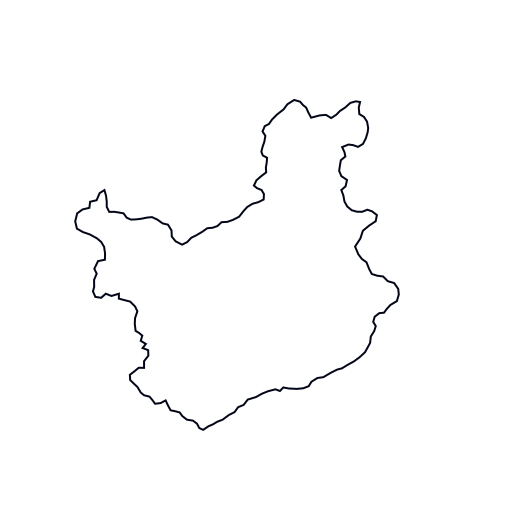 the district of Virgolândia, Minas Gerais, Brazil, rotated 234°
{"feature_id": "56859067B35408041837441", "entity_name": "Virgolândia", "entity_type": "district", "adm_level": 2, "iso_a3": "BRA", "parent_name": "Brazil", "parent_adm1": "Minas Gerais", "projection": "natural_earth1", "projection_center": [-42.302, -18.462], "detail": "fine", "context": "isolated", "style": "outline", "palette": "ink", "viewbox_px": 512, "rotation_deg": 234, "n_neighbors": 0, "source": "geoboundaries", "source_scale": "gbopen_adm2", "svg_char_len": 2885}
<svg xmlns="http://www.w3.org/2000/svg" viewBox="0 0 512 512"><g transform="rotate(234 256 256)"><path d="M359.8,378.6L360.3,370.6L358.4,364.5L358.1,356.1L357.0,349.3L355.2,344.0L355.9,339.4L352.9,334.5L347.7,334.2L343.7,330.1L340.3,325.3L337.2,321.6L333.3,320.6L329.0,322.7L325.3,319.6L321.8,316.0L317.7,313.4L317.5,306.7L317.0,300.9L314.2,295.7L310.3,296.7L306.1,299.3L301.4,298.8L297.2,295.4L298.2,289.5L300.3,283.9L300.8,277.8L299.7,272.4L297.7,265.4L298.8,258.5L300.5,252.8L303.6,248.0L302.9,242.4L304.4,237.4L307.1,232.9L307.2,226.6L307.9,219.4L308.8,214.4L307.7,208.5L308.6,202.9L315.1,199.6L321.2,199.3L326.4,202.7L333.1,203.2L337.3,199.6L343.4,197.6L348.6,194.7L351.2,190.3L353.6,185.0L356.2,180.4L359.0,176.2L363.0,173.9L368.4,173.9L371.6,170.8L374.9,167.5L378.0,163.2L383.4,164.1L387.9,167.3L392.9,170.1L398.4,172.1L398.8,166.5L394.8,159.8L397.4,153.7L392.9,149.5L395.6,143.1L395.6,136.4L390.3,130.1L383.4,127.2L377.0,130.1L371.2,134.2L363.8,137.7L358.4,139.0L352.7,138.5L346.8,135.4L341.8,131.6L344.7,125.2L340.7,117.7L335.3,116.7L331.9,111.0L326.1,106.9L323.2,103.3L317.3,102.0L313.2,106.2L313.8,112.3L308.6,115.6L306.1,122.9L302.1,120.0L297.9,123.4L293.1,127.4L286.2,128.5L281.0,127.5L276.8,121.6L272.3,118.0L266.2,114.6L262.4,116.2L258.4,117.2L255.1,112.9L249.6,115.2L248.2,110.2L243.2,113.4L238.6,110.3L236.7,103.6L231.3,99.7L234.5,95.4L234.2,90.3L234.0,84.1L229.6,81.3L224.9,82.1L219.7,83.1L213.3,82.5L209.1,83.6L204.8,87.2L200.3,87.5L195.8,87.5L193.1,92.3L192.3,98.0L186.5,96.9L181.4,96.2L178.0,99.3L174.3,102.3L169.8,102.3L164.2,103.9L159.9,108.2L155.1,109.7L150.1,109.0L146.4,111.1L146.2,117.5L145.1,122.3L144.7,127.2L143.2,132.8L143.3,140.6L142.3,146.9L144.2,152.6L142.8,158.5L144.7,164.9L141.9,173.1L141.1,179.8L139.5,186.3L136.7,193.4L132.7,196.0L133.6,200.8L129.5,204.7L124.5,210.9L121.2,216.5L119.7,222.1L121.7,227.0L121.2,234.0L118.4,239.2L117.5,248.3L116.4,254.9L114.6,259.5L114.1,265.9L113.2,273.1L113.2,280.3L114.1,287.7L116.3,292.4L118.6,297.2L123.4,301.6L125.8,307.5L128.9,311.7L133.8,312.1L137.1,316.3L137.3,322.1L134.9,326.2L136.3,330.6L137.4,336.0L136.7,343.4L140.8,348.8L145.7,351.7L152.9,351.9L158.2,347.8L164.7,346.8L168.9,342.4L173.4,339.1L179.0,339.9L186.0,341.7L191.4,339.9L197.3,339.8L205.4,341.7L208.8,350.7L213.6,357.3L214.1,365.5L213.8,373.3L218.1,377.9L224.0,376.1L228.0,373.3L229.4,367.8L232.5,363.7L236.7,360.4L242.4,358.9L248.1,359.6L253.5,362.2L259.2,363.8L259.7,369.4L264.0,374.3L270.5,372.0L276.0,373.3L280.1,377.3L283.6,380.9L284.0,386.8L287.9,388.6L293.5,389.7L291.8,396.3L288.8,399.6L284.3,402.7L283.8,408.4L286.6,414.0L290.5,419.1L293.6,422.0L299.4,424.8L305.1,425.1L310.1,423.0L315.7,426.4L319.4,430.7L322.5,427.6L324.4,422.3L323.7,415.3L324.0,409.2L323.1,404.0L323.4,397.9L329.0,395.6L332.3,390.2L335.5,381.9L341.4,382.7L346.6,383.8L350.7,382.7L354.9,382.4L359.8,378.6Z" fill="none" stroke="#020617" stroke-width="2"/></g></svg>